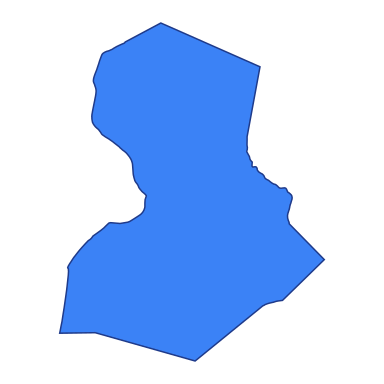 the district of Proteccion, Santa Bárbara, Honduras
{"feature_id": "27666195B44112403281075", "entity_name": "Proteccion", "entity_type": "district", "adm_level": 2, "iso_a3": "HND", "parent_name": "Honduras", "parent_adm1": "Santa Bárbara", "projection": "mercator", "projection_center": [-88.617, 15.083], "detail": "fine", "context": "isolated", "style": "filled", "palette": "blue", "viewbox_px": 384, "rotation_deg": 0, "n_neighbors": 0, "source": "geoboundaries", "source_scale": "gbopen_adm2", "svg_char_len": 5806}
<svg xmlns="http://www.w3.org/2000/svg" viewBox="0 0 384 384"><path d="M66.6,290.4L65.9,295.5L64.1,308.0L63.0,314.9L62.2,320.1L62.1,321.0L61.1,325.9L60.2,330.7L59.7,333.2L95.2,332.7L195.1,361.0L260.3,307.9L262.7,305.9L264.1,305.3L264.7,304.8L266.1,304.2L267.5,303.7L269.1,303.2L270.9,302.8L272.1,302.5L272.8,302.4L274.2,302.0L275.1,301.7L276.0,301.4L277.4,301.1L278.7,300.9L282.5,300.4L324.3,259.6L289.2,223.8L289.2,223.1L289.2,222.9L288.8,221.6L288.6,221.2L288.3,220.4L288.1,219.9L288.0,219.3L287.7,218.4L287.6,217.6L287.6,216.9L287.5,216.1L287.5,215.5L287.6,215.0L287.7,214.6L287.7,214.3L287.9,213.4L288.3,212.2L288.5,211.5L289.0,210.0L289.2,209.5L289.4,208.6L289.7,207.2L289.8,206.6L289.9,205.9L290.1,205.4L290.2,204.7L290.6,203.8L290.8,203.2L291.5,200.7L291.9,199.5L292.0,199.2L292.0,198.8L292.1,198.4L292.1,197.7L292.1,197.3L292.0,196.9L291.9,196.4L291.8,195.9L291.6,195.5L291.3,195.0L291.0,194.6L290.6,194.3L290.2,193.8L289.6,193.4L289.1,192.9L288.8,192.7L288.4,192.5L288.1,192.3L287.9,192.2L287.7,192.0L286.5,189.2L286.4,189.0L286.2,188.8L286.0,188.6L285.8,188.3L285.7,188.2L285.4,188.1L285.1,188.0L284.8,187.9L284.4,187.9L283.9,187.9L283.3,188.0L282.9,188.0L282.1,188.1L281.6,188.2L281.0,188.2L280.5,188.2L280.2,188.1L279.8,188.0L279.5,187.9L279.1,187.7L278.8,187.5L278.5,187.2L277.8,186.4L277.3,185.9L276.7,185.4L276.0,184.8L275.4,184.5L275.0,184.3L274.6,184.2L274.0,184.1L273.8,184.1L273.6,184.0L273.3,183.8L271.9,183.0L270.4,181.9L269.7,181.3L269.0,180.7L268.5,180.3L268.1,180.1L267.4,179.8L266.8,179.5L266.1,179.0L265.6,178.7L265.4,178.6L265.3,178.4L265.1,178.2L264.7,177.6L264.5,177.1L264.2,176.4L264.0,175.9L263.7,175.5L263.5,175.2L262.9,174.6L262.4,174.1L262.1,173.9L261.8,173.7L261.2,173.5L260.8,173.2L260.2,172.9L259.5,172.4L259.0,172.1L258.8,171.9L258.5,171.6L258.0,171.0L257.5,170.3L257.4,170.2L257.3,169.8L257.2,169.6L257.2,169.2L257.2,168.8L257.1,168.5L257.0,168.2L256.9,168.0L256.7,167.6L256.4,167.3L256.2,167.0L256.0,166.9L255.8,166.8L255.2,166.8L254.1,166.8L253.3,167.0L252.9,167.0L252.6,166.9L252.4,166.7L252.2,166.5L252.1,166.2L252.0,165.4L252.0,165.2L252.2,162.5L252.2,162.2L252.1,161.9L251.5,161.4L251.3,161.2L251.1,160.9L250.9,160.6L250.5,160.1L250.1,159.4L250.0,159.1L249.9,158.8L249.8,158.5L249.7,157.9L249.6,157.4L249.3,156.3L249.1,156.0L248.6,155.1L246.9,152.0L246.8,151.8L246.8,151.6L246.8,151.4L246.8,151.2L246.9,150.7L247.0,150.2L247.2,149.8L247.3,149.0L247.3,148.5L247.4,147.4L247.3,147.2L247.3,146.9L247.2,146.6L247.1,145.9L247.0,144.5L247.1,139.7L247.1,136.7L260.0,66.8L160.8,23.0L125.2,42.0L125.0,42.3L124.9,42.5L124.7,42.7L124.6,42.8L124.4,43.0L123.9,43.3L123.2,43.6L121.9,44.1L121.5,44.3L119.1,45.4L116.4,46.7L115.4,47.3L114.2,48.0L113.6,48.3L112.9,48.8L112.6,49.1L112.0,49.4L111.2,49.7L110.2,50.2L109.3,50.6L108.5,50.9L107.2,51.2L106.6,51.4L105.9,51.7L105.2,52.0L104.6,52.3L103.7,52.9L103.3,53.1L103.0,53.4L102.8,53.6L102.5,53.8L102.4,54.1L102.2,54.3L102.0,54.6L101.8,54.9L101.0,57.0L100.3,58.9L99.6,60.8L98.7,63.8L97.3,67.9L96.8,69.5L96.3,70.8L95.3,73.3L94.9,74.4L94.4,75.8L93.9,77.4L93.8,77.9L93.6,78.6L93.5,79.5L93.4,80.1L93.4,80.7L93.4,81.3L93.5,81.8L93.6,82.2L93.8,82.8L94.4,84.1L94.7,85.0L95.0,86.1L95.5,87.4L95.7,88.2L95.9,89.0L96.0,89.8L96.1,90.7L96.1,91.5L96.0,92.6L95.9,93.7L95.8,94.4L95.5,96.3L95.1,98.2L94.7,100.4L93.5,106.3L92.5,111.4L92.3,112.7L92.1,113.7L91.9,115.0L91.9,115.6L91.8,116.5L91.9,117.3L91.9,118.4L92.0,119.5L92.1,120.2L92.3,121.2L92.4,121.8L92.5,122.3L92.7,122.7L92.9,123.0L93.1,123.6L93.3,123.9L93.7,124.5L94.0,125.0L94.3,125.4L94.7,125.9L95.1,126.4L95.6,127.0L96.2,127.5L96.9,128.2L97.7,128.8L98.0,129.1L98.3,129.4L98.8,129.9L99.6,131.0L100.3,131.9L100.7,132.5L101.2,133.3L101.4,133.6L101.6,134.0L102.0,134.4L102.3,134.7L103.1,135.3L103.9,135.8L104.5,136.3L105.9,137.2L107.9,138.4L108.9,139.0L110.3,140.0L111.9,141.1L115.1,143.6L117.8,145.7L119.1,146.7L119.5,147.1L119.9,147.6L120.1,147.8L120.9,148.5L121.7,149.2L122.8,150.2L123.4,150.6L124.5,151.4L125.3,152.1L125.8,152.5L126.2,152.9L126.6,153.3L127.6,154.5L128.8,156.0L129.7,157.2L130.2,158.1L130.7,158.8L130.9,159.3L131.3,160.0L131.5,160.6L131.7,161.1L131.9,161.7L132.1,162.4L132.3,163.0L132.4,163.6L132.5,164.2L132.9,169.3L133.2,173.7L133.3,174.3L133.3,174.8L133.6,175.9L134.0,177.7L134.4,179.0L134.7,180.2L134.9,180.7L135.1,181.1L135.3,181.5L135.6,182.0L135.9,182.4L136.2,182.8L136.7,183.4L137.1,183.9L137.4,184.4L137.6,184.7L137.9,185.2L138.1,185.6L138.5,186.6L138.8,187.4L139.0,187.8L139.3,188.2L139.9,189.0L140.3,189.6L141.1,190.4L141.7,191.2L142.4,191.9L143.0,192.4L144.0,193.2L144.4,193.6L145.1,194.2L145.5,194.6L145.9,195.2L146.2,195.5L146.3,195.7L146.3,195.9L146.2,196.4L145.6,198.1L145.2,199.4L145.1,199.6L145.1,199.9L144.9,203.0L144.9,206.4L144.9,206.8L144.8,207.2L144.7,207.9L144.5,208.5L144.3,209.0L144.0,210.0L143.7,210.5L143.4,211.1L143.1,211.6L142.9,211.9L142.5,212.5L142.1,212.9L141.7,213.4L141.1,214.0L140.5,214.5L140.0,214.9L138.2,216.1L136.5,217.2L133.7,219.0L130.8,220.8L130.3,221.1L129.8,221.4L129.1,221.7L128.3,222.0L128.1,222.1L127.7,222.2L121.1,223.3L120.7,223.4L120.1,223.4L119.6,223.5L119.2,223.4L110.9,222.7L110.5,222.7L110.0,222.8L109.6,222.9L109.4,222.9L109.1,223.0L108.7,223.2L108.4,223.5L108.2,223.7L106.1,225.7L103.8,228.0L102.7,228.9L102.2,229.3L101.1,230.2L99.6,231.3L95.3,234.4L93.3,235.8L93.1,235.9L92.9,236.2L92.7,236.4L92.3,237.0L92.0,237.5L91.7,237.8L91.5,238.1L90.7,238.9L89.9,239.6L89.4,239.9L88.5,240.5L88.1,240.8L87.7,241.2L86.6,242.4L85.7,243.3L82.7,246.6L79.7,250.0L78.4,251.6L76.2,254.4L74.9,256.1L74.3,256.8L73.5,257.9L72.3,259.7L70.5,262.5L69.8,263.5L68.4,265.9L68.2,266.3L68.0,266.8L67.9,267.0L67.8,267.4L67.7,267.6L67.8,267.8L67.8,268.0L68.1,268.4L68.3,268.7L68.3,268.9L68.4,269.2L68.4,270.1L68.5,270.9L68.5,271.7L68.4,273.2L68.3,275.1L67.7,280.6L67.1,286.2L66.6,290.4Z" fill="#3b82f6" stroke="#1e3a8a" stroke-width="1.5"/></svg>